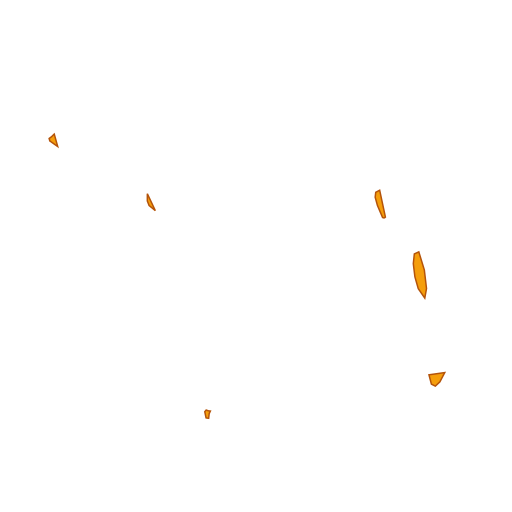 the Atoll of Haa Alifu, rotated 340°
{"feature_id": "MDV-5223", "entity_name": "Haa Alifu", "entity_type": "Atoll", "adm_level": 1, "iso_a3": "MDV", "parent_name": "Maldives", "parent_adm1": "", "projection": "equal_earth", "projection_center": [73.045, 6.964], "detail": "coarse", "context": "isolated", "style": "filled", "palette": "amber", "viewbox_px": 512, "rotation_deg": 340, "n_neighbors": 0, "source": "natural_earth", "source_scale": "10m", "svg_char_len": 757}
<svg xmlns="http://www.w3.org/2000/svg" viewBox="0 0 512 512"><g transform="rotate(340 256 256)"><path d="M410.4,307.8L409.4,326.7L405.1,344.9L400.2,353.3L397.3,342.2L398.2,329.9L401.2,317.0L405.5,308.2L410.4,307.8ZM394.7,236.5L390.9,263.7L390.1,264.0L389.4,264.0L389.3,263.9L388.8,263.7L388.1,263.1L387.4,250.0L388.1,241.5L390.3,237.1L394.7,236.5ZM377.9,426.8L393.5,430.1L385.7,437.2L380.0,439.6L377.0,436.4L377.9,426.8ZM108.1,72.4L108.1,72.6L107.1,85.3L101.6,77.4L101.8,74.8L104.9,73.9L108.1,72.4ZM175.2,160.3L175.2,160.5L176.9,178.9L172.8,172.0L172.7,167.1L175.2,160.3ZM160.1,386.1L158.1,388.1L156.0,392.3L154.1,391.3L153.9,391.1L153.7,391.0L154.6,384.8L156.5,383.7L158.3,385.2L160.1,386.1Z" fill="#f59e0b" stroke="#b45309" stroke-width="1.5"/></g></svg>